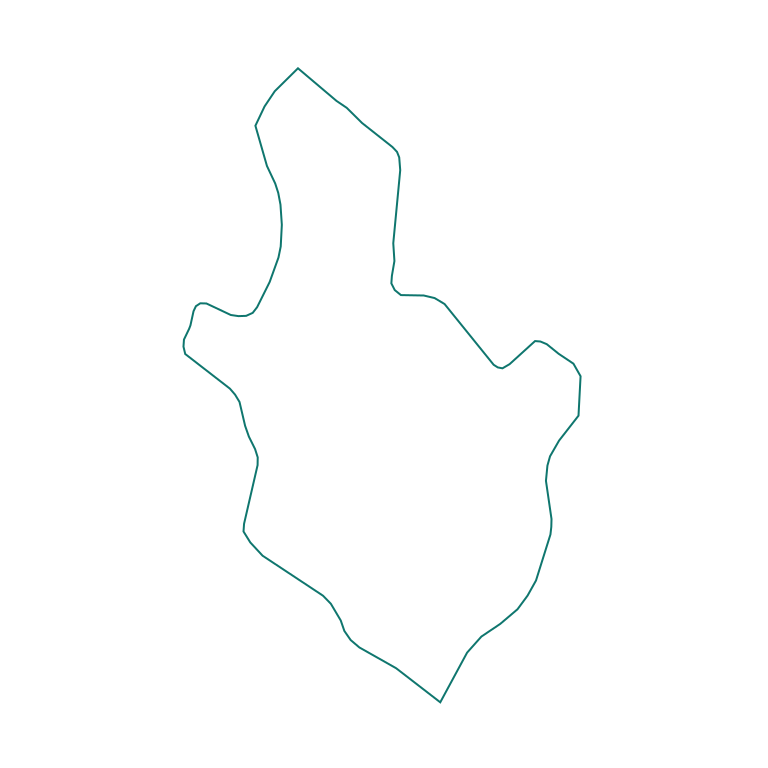 outline of Nairobi, rotated 265°
{"feature_id": "KEN-1196", "entity_name": "Nairobi", "entity_type": "National Capital Area", "adm_level": 1, "iso_a3": "KEN", "parent_name": "Kenya", "parent_adm1": "", "projection": "mercator", "projection_center": [36.917, -1.278], "detail": "fine", "context": "isolated", "style": "outline", "palette": "teal", "viewbox_px": 768, "rotation_deg": 265, "n_neighbors": 0, "source": "natural_earth", "source_scale": "10m", "svg_char_len": 1208}
<svg xmlns="http://www.w3.org/2000/svg" viewBox="0 0 768 768"><g transform="rotate(265 384 384)"><path d="M706.0,325.8L670.1,361.4L662.4,370.9L645.9,384.9L619.3,413.1L614.1,417.2L608.4,418.9L595.6,418.8L523.4,405.5L505.6,405.1L491.1,401.3L483.6,400.1L476.6,402.9L471.1,408.6L468.7,431.3L465.2,441.9L458.4,451.3L393.6,494.9L390.6,498.8L389.3,503.4L392.8,510.8L413.6,538.2L412.7,543.5L409.5,549.6L398.9,560.6L387.7,574.5L374.6,580.5L335.5,575.0L312.4,553.5L297.5,543.1L288.5,539.7L273.4,536.9L234.9,539.1L227.0,538.2L219.6,536.7L175.0,518.3L160.7,508.6L148.0,497.4L134.9,478.9L123.9,459.0L109.2,443.4L62.0,412.3L99.8,371.3L123.7,336.5L131.8,328.5L141.4,323.0L152.2,320.3L169.7,311.9L178.4,304.8L223.5,248.1L237.8,237.0L249.3,231.2L256.9,232.4L314.2,251.0L321.9,251.8L330.4,249.9L343.4,244.8L354.4,242.0L378.7,238.5L386.4,234.7L392.8,230.1L431.2,188.6L438.7,187.5L445.7,188.6L456.0,194.7L459.3,196.3L473.1,200.6L477.9,203.4L480.4,208.0L479.7,214.1L466.1,237.4L464.3,245.0L463.9,252.6L466.3,259.4L471.6,264.3L495.6,279.0L519.2,289.9L530.0,293.1L551.5,296.1L571.7,296.5L583.6,295.3L593.2,293.1L611.4,286.4L652.5,278.4L670.9,289.2L685.2,300.7L706.0,325.8Z" fill="none" stroke="#0f766e" stroke-width="2"/></g></svg>